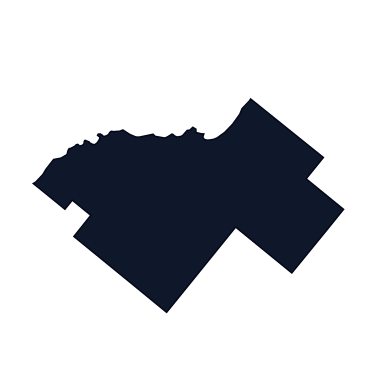 the district of Marquette, Michigan, United States of America, rotated 309°
{"feature_id": "52423323B1149606066361", "entity_name": "Marquette", "entity_type": "district", "adm_level": 2, "iso_a3": "USA", "parent_name": "United States of America", "parent_adm1": "Michigan", "projection": "natural_earth1", "projection_center": [-87.624, 46.449], "detail": "fine", "context": "isolated", "style": "filled", "palette": "ink", "viewbox_px": 384, "rotation_deg": 309, "n_neighbors": 0, "source": "geoboundaries", "source_scale": "gbopen_adm2", "svg_char_len": 1235}
<svg xmlns="http://www.w3.org/2000/svg" viewBox="0 0 384 384"><g transform="rotate(309 192 192)"><path d="M246.5,320.7L273.9,320.7L274.1,272.4L301.5,272.4L301.2,179.0L298.9,179.3L288.4,178.4L282.5,180.2L270.2,180.9L258.8,179.9L250.0,177.5L246.6,175.7L243.4,172.9L241.7,170.9L240.6,168.5L241.4,165.9L244.6,164.6L243.2,162.8L240.9,158.0L240.8,157.6L243.3,155.5L242.8,151.9L238.6,151.3L236.9,149.5L230.0,149.2L228.1,148.3L225.3,145.8L224.5,142.7L224.8,141.2L224.4,140.0L219.0,138.1L216.8,136.8L212.1,128.4L212.1,128.0L212.4,125.4L201.5,116.5L199.4,113.7L197.6,107.5L196.7,99.2L193.9,97.7L189.5,93.0L188.4,91.1L186.5,90.6L184.4,91.0L182.1,90.3L179.9,88.8L179.4,87.8L179.7,86.8L179.4,84.2L178.0,82.7L176.6,82.9L176.5,83.6L176.9,85.4L175.0,86.9L170.8,87.4L167.9,86.8L167.0,85.8L166.3,84.2L165.8,81.4L166.2,80.6L164.9,76.4L163.7,76.3L161.6,77.7L159.4,77.5L157.1,75.9L156.7,74.9L157.2,74.3L157.1,73.2L155.9,72.3L154.6,72.2L153.5,72.0L149.2,70.1L148.4,69.2L146.1,69.6L143.0,71.1L142.0,71.2L135.8,68.8L130.2,64.0L118.0,64.2L111.5,65.1L107.5,64.8L101.4,64.3L98.7,63.3L98.7,92.0L98.6,104.1L110.3,104.1L110.2,128.0L83.1,128.2L82.8,199.9L82.5,248.0L192.2,248.0L191.9,320.5L246.5,320.7Z" fill="#0f172a" stroke="#020617" stroke-width="1.5"/></g></svg>